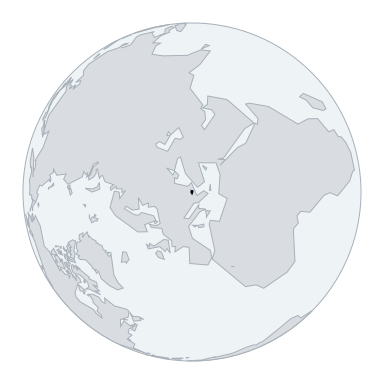 Smolyan on an orthographic globe, rotated 257°
{"feature_id": "BGR-2236", "entity_name": "Smolyan", "entity_type": "Province", "adm_level": 1, "iso_a3": "BGR", "parent_name": "Bulgaria", "parent_adm1": "", "projection": "orthographic", "projection_center": [24.659, 41.628], "detail": "fine", "context": "on_globe", "style": "filled", "palette": "ink", "viewbox_px": 384, "rotation_deg": 257, "n_neighbors": 0, "source": "natural_earth", "source_scale": "10m", "svg_char_len": 10998}
<svg xmlns="http://www.w3.org/2000/svg" viewBox="0 0 384 384"><g transform="rotate(257 192 192)"><circle cx="192" cy="192" r="169" fill="#eef3f6" stroke="#a8b0b8"/><path d="M129.8,34.9L134.6,33.5L129.8,35.2L132.4,34.6L138.6,32.6L142.1,31.4L159.6,29.5L180.2,27.6L186.5,26.1L185.3,27.5L197.1,24.6L208.1,24.9L195.8,25.3L194.6,25.9L202.1,26.2L202.6,26.9L206.5,27.7L206.3,28.7L199.1,29.3L198.8,30.1L204.2,30.3L207.4,31.8L199.6,31.4L204.3,34.0L193.2,36.5L172.4,35.9L166.2,39.6L144.9,45.7L146.9,46.6L140.1,50.0L139.9,52.5L136.0,53.3L139.2,54.7L142.7,53.5L145.3,53.8L145.5,55.3L140.6,56.4L139.8,55.8L138.5,57.0L135.9,57.0L137.3,57.8L131.3,59.3L137.5,60.1L132.9,63.2L128.8,63.6L129.0,60.5L120.1,55.3L116.0,55.4L110.2,58.3L99.6,69.7L95.3,71.4L89.6,75.9L92.0,76.1L97.4,72.7L100.6,74.6L106.8,70.7L109.0,71.1L115.5,68.6L114.7,72.4L110.5,77.5L105.1,79.8L103.1,82.3L108.4,83.0L98.5,90.7L92.4,102.0L89.8,103.8L84.4,101.6L83.9,93.6L77.0,92.2L81.7,96.7L75.2,102.0L74.2,104.5L74.6,106.5L77.2,106.1L75.0,108.8L69.5,105.0L71.4,102.4L73.2,103.5L72.9,100.0L69.1,98.1L66.1,101.3L63.7,96.4L61.5,98.7L59.7,99.2L63.4,95.6L56.8,102.1L53.4,99.7L44.4,111.9L53.0,98.3L56.0,93.3L58.8,88.7L57.3,90.5L63.0,82.9L63.5,82.3L72.8,72.2L82.9,63.0L93.7,54.6L105.2,47.0L117.2,40.5L129.8,34.9ZM28.5,149.6L28.5,149.4L28.0,152.6L26.2,159.8L27.4,156.6L26.1,163.4L26.3,175.2L25.8,175.9L25.7,194.8L28.5,209.9L29.2,217.9L28.5,219.9L30.2,224.8L30.3,227.1L39.5,246.3L46.5,260.1L47.8,267.5L44.9,269.6L49.3,282.2L47.9,280.2L41.9,269.5L36.6,258.3L32.2,246.8L28.6,235.0L25.9,223.0L24.1,210.8L23.2,198.5L23.1,186.1L24.0,173.8L25.8,161.6L28.5,149.6ZM42.1,115.2L35.4,132.0L36.8,126.4L37.0,126.5L39.2,121.4L42.4,114.0L44.3,109.9L42.1,115.2ZM44.5,113.8L45.4,111.5L44.8,113.3L44.5,113.8ZM143.5,30.9L138.7,32.5L133.0,34.2L136.9,32.7L143.5,30.9ZM154.5,28.7L152.4,29.4L149.6,29.4L151.7,29.0L154.5,28.7ZM190.9,25.2L186.9,25.3L190.7,25.0L190.9,25.2ZM207.0,27.6L208.0,27.4L209.6,27.9L207.0,27.6ZM115.4,66.8L115.4,67.7L114.2,67.7L115.4,66.8ZM118.2,65.0L116.8,64.4L118.0,63.4L118.8,63.8L118.2,65.0ZM210.8,30.1L213.1,31.1L209.5,30.1L210.8,30.1ZM119.7,66.1L120.1,61.9L122.1,60.3L127.0,60.7L119.7,66.1ZM213.6,31.8L219.1,34.8L221.8,34.4L217.3,37.5L214.1,33.7L209.3,32.4L212.8,32.6L213.6,31.8ZM143.8,52.5L140.0,53.8L143.0,51.4L143.8,52.5ZM145.1,51.0L150.6,44.0L156.4,43.0L153.3,45.4L160.6,43.4L160.7,46.4L156.7,48.2L153.0,48.1L155.9,49.3L145.1,51.0ZM213.9,38.9L214.2,39.9L212.5,39.0L213.9,38.9ZM146.6,53.7L147.2,52.3L152.2,51.3L151.9,54.1L150.4,53.5L146.6,53.7ZM162.5,41.6L166.2,41.6L167.3,43.9L168.8,44.2L161.2,46.4L162.5,41.6ZM149.4,54.5L151.7,55.6L149.5,57.4L146.4,55.1L149.4,54.5ZM153.7,50.0L156.0,49.7L154.6,50.7L153.7,50.0ZM143.0,65.1L143.6,63.1L146.3,62.4L143.0,65.1ZM152.7,55.9L153.4,55.2L154.5,54.8L155.5,55.9L152.7,55.9ZM162.5,48.0L162.2,49.1L165.7,47.2L166.6,49.1L161.4,50.3L164.0,50.6L164.3,51.2L159.7,51.5L162.5,48.0ZM160.0,55.9L153.6,58.4L151.9,62.1L149.4,62.7L152.7,56.7L160.0,55.9ZM160.2,53.2L159.5,55.0L156.9,54.8L155.7,53.5L160.2,53.2ZM169.2,50.0L169.1,46.8L170.2,46.7L169.2,50.0ZM160.0,56.9L161.5,56.3L160.2,57.2L160.0,56.9ZM166.9,52.1L166.7,50.9L168.1,50.8L166.9,52.1ZM164.7,56.2L162.7,56.9L161.8,56.0L164.7,56.2ZM166.2,54.3L168.0,54.5L162.8,55.2L165.9,53.8L166.2,54.3ZM168.2,52.2L168.9,51.7L168.1,52.7L168.2,52.2ZM169.1,59.4L162.7,60.6L160.8,58.5L167.3,57.6L169.1,59.4ZM92.5,266.6L82.1,240.2L87.1,233.5L87.8,222.8L122.2,196.6L129.7,201.1L156.9,201.5L160.3,203.4L157.3,212.2L177.8,224.8L184.3,217.7L202.8,223.3L215.0,222.0L219.0,204.9L199.1,206.5L195.4,198.4L211.3,189.9L228.8,188.6L227.9,185.5L216.8,179.6L220.6,173.0L212.9,177.1L216.1,180.1L211.4,182.9L208.1,180.4L209.6,178.0L204.3,177.0L198.5,189.1L201.2,193.5L187.4,196.0L190.6,203.7L186.9,207.3L180.2,195.7L180.7,191.4L168.5,178.3L166.6,183.0L178.1,195.8L174.6,194.7L172.2,201.7L171.2,195.5L159.2,180.9L146.7,182.0L130.9,196.9L123.5,196.5L117.3,191.1L122.8,173.8L138.7,176.7L140.8,171.3L137.5,161.8L142.6,163.7L143.2,160.4L149.1,161.2L157.4,154.4L163.4,154.4L166.5,144.5L170.1,143.3L167.2,149.4L168.5,153.9L183.4,154.3L186.3,152.3L187.1,146.0L191.1,147.1L190.0,141.0L198.6,138.5L187.2,136.6L187.8,129.8L192.9,124.7L191.1,122.3L182.8,130.8L181.4,134.5L183.4,138.2L177.6,149.0L172.5,150.6L170.8,138.5L163.3,139.5L165.3,130.2L186.4,112.0L195.3,108.6L210.3,116.6L208.3,121.0L201.9,120.1L207.9,127.0L207.4,123.5L210.7,124.6L212.2,118.9L214.6,119.5L211.9,113.3L215.0,113.4L216.7,117.3L221.6,109.6L228.1,108.6L228.0,106.6L226.1,104.8L235.7,105.0L235.2,103.6L231.9,102.9L228.8,99.7L227.0,94.2L230.4,94.6L231.5,96.6L238.9,101.7L241.3,107.3L242.5,107.0L241.3,102.2L232.2,96.0L230.2,92.6L234.8,95.0L233.0,93.8L233.1,92.3L236.3,91.3L231.4,88.6L227.4,72.9L233.3,69.8L237.9,73.3L238.7,64.1L245.3,62.2L242.2,61.4L240.5,57.1L238.5,57.6L236.9,56.9L231.6,47.0L233.0,45.3L227.3,41.0L225.7,40.7L224.3,41.7L217.3,37.5L221.8,34.4L225.2,35.1L225.7,33.1L233.3,35.2L239.8,36.2L247.8,40.3L252.2,41.2L251.9,40.3L257.8,41.1L270.8,46.5L261.6,45.8L242.3,40.4L250.3,42.7L248.9,43.4L252.0,45.1L257.6,46.9L258.0,46.3L269.1,57.0L283.4,66.2L281.4,61.6L284.4,61.3L299.0,69.7L318.6,92.0L322.8,93.4L325.9,96.5L328.5,101.7L324.1,97.2L322.9,98.6L320.0,95.6L322.7,103.0L318.7,98.9L322.7,107.0L325.8,108.6L324.9,103.3L330.1,112.5L334.6,113.6L339.8,120.2L347.7,140.9L349.0,153.0L350.0,155.8L348.1,156.4L349.2,165.4L355.6,172.8L356.7,176.9L356.8,191.4L356.1,188.7L351.1,190.2L352.8,201.2L356.7,202.5L358.1,209.5L356.3,211.6L354.5,205.8L352.7,206.1L351.3,197.1L346.2,187.5L344.1,194.8L342.5,189.6L335.2,184.0L331.2,194.2L326.2,218.3L328.5,232.3L325.4,241.6L314.3,228.2L308.9,216.0L305.2,220.1L293.5,213.4L274.3,222.2L271.3,219.2L267.7,222.6L259.5,221.5L254.8,216.2L249.9,218.2L262.4,231.8L267.6,229.7L271.5,221.4L274.1,226.8L282.0,229.0L274.2,246.9L245.2,268.0L242.0,257.8L217.8,230.1L218.3,226.3L218.2,225.9L217.9,225.2L216.1,231.5L211.8,225.6L225.1,246.4L227.5,255.4L244.8,268.8L243.3,270.8L248.7,272.9L265.6,264.0L265.8,267.5L258.1,285.7L234.3,310.6L237.2,321.7L235.2,331.0L220.0,338.7L220.9,344.2L213.0,347.0L212.2,349.8L205.6,353.0L194.7,355.6L176.7,355.2L175.9,353.2L167.3,348.1L155.5,333.0L160.4,326.1L158.9,319.6L145.8,302.4L148.7,293.6L145.1,288.9L137.8,288.6L133.6,282.8L129.2,281.7L101.2,276.7L92.5,266.6ZM110.7,213.2L109.8,216.4L110.7,213.2ZM247.6,195.9L257.8,193.6L252.5,184.1L256.0,182.6L252.9,180.1L252.0,183.5L244.4,176.2L248.5,171.8L246.9,167.4L243.4,168.0L237.1,177.4L248.0,187.5L246.0,192.6L247.6,195.9ZM26.3,175.5L26.2,178.3L25.9,176.4L26.3,175.5ZM35.8,128.3L34.9,130.8L34.1,133.1L34.5,131.6L35.8,128.3ZM31.9,148.6L31.5,152.0L31.3,149.7L31.9,148.6ZM34.6,134.6L32.1,146.2L31.8,142.5L33.7,135.4L33.1,138.6L34.6,134.6ZM42.3,116.4L41.5,118.3L40.9,119.1L42.3,116.4ZM44.0,115.2L44.1,114.7L45.0,113.0L44.0,115.2ZM75.5,102.2L75.9,102.6L75.8,105.0L74.7,104.6L75.5,102.2ZM82.3,112.3L78.7,116.5L80.5,113.0L78.3,113.1L79.3,106.1L88.6,104.4L84.2,106.3L82.3,112.3ZM83.3,96.8L81.6,101.1L83.1,96.5L83.3,96.8ZM140.5,142.7L142.5,145.3L140.3,148.8L132.6,149.8L135.8,144.6L140.5,142.7ZM146.0,148.3L146.4,136.6L151.2,135.9L148.4,138.2L151.5,138.9L147.9,142.9L152.1,154.0L150.4,158.0L137.2,157.0L142.4,155.0L140.1,152.4L146.0,148.3ZM139.1,111.5L139.4,107.4L149.4,111.0L148.0,114.5L140.3,115.4L137.4,111.9L139.1,111.5ZM128.2,68.0L127.6,66.8L129.0,66.4L130.5,67.1L128.2,68.0ZM143.1,64.2L132.0,72.8L130.8,71.9L125.7,78.6L120.6,78.7L124.1,74.3L116.3,79.7L117.4,75.8L112.5,79.8L120.7,69.9L121.4,66.9L122.6,70.1L127.3,70.0L129.5,69.0L136.3,64.2L140.0,58.1L145.2,57.3L147.9,58.4L147.9,59.8L144.5,59.8L146.8,61.6L141.8,62.7L143.1,64.2ZM176.7,76.7L172.9,75.3L176.7,80.8L171.7,81.2L172.5,81.8L169.0,83.8L166.0,87.4L163.7,87.1L163.6,88.6L161.2,90.1L160.2,92.3L155.8,92.5L154.2,95.2L153.0,93.8L151.5,98.5L150.7,95.2L147.6,97.0L150.0,99.2L128.7,97.2L120.4,99.5L113.9,103.4L113.3,97.7L119.1,90.7L127.8,84.2L135.9,83.0L134.1,80.9L137.5,79.7L137.5,81.9L139.6,78.0L142.3,77.7L150.0,73.0L151.4,67.9L154.2,66.3L155.1,68.2L157.3,65.2L160.9,67.7L163.0,66.7L168.7,68.3L169.1,72.8L171.5,71.3L175.8,72.7L176.7,76.7ZM170.6,60.0L172.3,64.9L170.4,67.6L161.3,63.7L158.9,64.3L153.1,62.3L155.9,58.5L157.3,59.4L159.4,59.4L157.7,60.5L160.6,59.6L162.6,60.9L165.4,60.5L165.2,62.2L170.6,60.0ZM164.2,200.4L166.8,201.0L170.9,200.9L169.5,205.5L164.2,200.4ZM155.8,190.5L158.1,190.2L158.1,196.3L155.4,195.8L155.8,190.5ZM159.5,185.0L158.3,189.7L157.3,186.9L159.5,185.0ZM169.4,148.9L172.0,148.3L172.2,149.8L170.8,151.9L169.4,148.9ZM186.9,94.4L185.0,92.8L185.8,92.1L184.5,87.3L188.1,86.8L190.2,89.5L186.9,94.4ZM215.6,208.2L212.1,211.8L210.3,210.4L211.9,209.4L215.6,208.2ZM189.7,209.4L195.6,211.5L189.2,210.7L189.7,209.4ZM190.6,93.1L189.7,91.1L192.0,92.2L190.6,93.1ZM190.6,86.3L193.4,87.0L188.4,86.2L190.6,86.3ZM263.0,322.7L250.5,339.3L242.8,341.3L241.9,338.0L246.9,328.7L256.0,323.8L260.6,318.2L263.0,322.7ZM358.3,222.0L357.6,225.1L358.2,221.7L359.1,216.7L358.3,222.0ZM358.1,222.0L356.3,223.9L350.7,217.0L352.8,213.5L358.0,212.8L357.7,215.4L358.8,215.4L358.1,222.0ZM360.4,205.3L360.2,207.1L360.1,202.2L360.2,197.3L360.6,194.8L359.6,172.0L359.7,171.3L360.5,179.7L360.5,179.8L361.0,192.5L360.4,205.3ZM329.2,233.1L332.8,238.5L330.8,241.8L329.2,233.1ZM357.5,159.2L359.0,168.7L357.1,157.8L357.5,159.2ZM355.3,150.3L356.0,152.7L355.5,151.8L355.3,150.3ZM351.6,159.6L351.3,163.0L350.5,161.2L350.3,155.8L351.6,159.6ZM343.7,126.0L346.8,131.3L347.8,133.7L346.2,131.8L343.7,126.0ZM219.7,88.7L217.4,95.6L218.2,100.8L222.3,103.9L215.5,102.8L214.4,94.7L219.7,88.7ZM226.1,74.7L222.5,72.4L224.6,71.7L225.8,72.1L226.1,74.7ZM223.5,74.5L218.0,75.0L216.3,72.7L221.0,72.7L223.5,74.5ZM204.3,83.5L203.4,85.6L201.5,84.6L204.3,83.5ZM356.1,151.8L357.0,155.8L355.5,149.4L356.0,151.4L356.1,151.8ZM356.8,155.0L356.0,152.2L355.7,150.5L356.8,155.0ZM354.9,147.1L354.1,144.5L354.4,145.4L354.9,147.1ZM353.9,146.1L354.7,146.7L355.2,150.4L351.3,140.7L350.8,137.9L353.9,146.1ZM326.9,94.0L324.9,92.1L323.4,89.4L325.2,91.4L326.9,94.0ZM316.6,79.7L322.3,88.1L326.6,95.4L327.0,94.9L331.2,100.3L328.6,98.8L323.0,90.6L320.4,85.8L316.6,81.9L312.5,76.9L308.1,73.5L305.3,70.7L308.5,72.4L316.6,79.7ZM306.3,72.3L297.1,65.8L295.9,62.8L297.6,63.5L302.3,67.7L302.7,69.0L306.3,72.3ZM294.5,63.4L294.8,64.8L281.9,60.3L278.9,58.7L288.0,59.9L288.8,61.3L292.2,63.1L294.5,63.4ZM215.9,39.8L214.3,39.9L215.1,39.2L215.9,39.8ZM235.8,57.3L233.7,56.3L234.7,55.4L235.8,57.3ZM228.6,53.2L228.9,54.9L227.2,53.0L228.6,53.2ZM229.8,58.9L228.3,55.5L231.8,59.0L229.8,58.9Z" fill="#d9dde1" stroke="#a8b0b8" stroke-width="1"/><path d="M191.2,192.3L191.1,192.2L190.7,192.0L190.8,192.0L190.8,191.9L190.7,191.8L190.8,191.8L190.8,191.7L190.7,191.6L190.8,191.5L191.0,191.6L190.9,191.7L191.0,191.7L191.2,191.4L191.3,191.3L191.5,191.2L191.8,191.2L192.0,191.1L192.3,191.1L192.5,191.3L192.8,191.5L192.9,191.8L193.0,191.8L192.9,191.9L192.9,192.0L193.0,192.0L192.9,192.1L192.7,192.1L192.8,192.2L192.8,192.3L193.1,192.3L193.1,192.5L193.1,192.8L192.9,192.9L192.6,192.7L192.4,192.7L192.3,192.8L192.2,192.8L192.1,192.7L191.9,192.6L191.8,192.4L191.7,192.3L191.7,192.2L191.5,192.3L191.4,192.3L191.2,192.3L191.2,192.3Z" fill="#0f172a" stroke="#020617" stroke-width="1.5"/></g></svg>